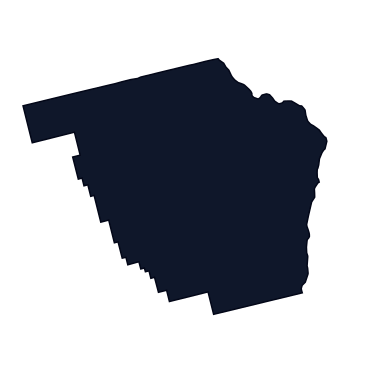 Wallowa, Oregon, United States of America (Mercator projection), rotated 346°
{"feature_id": "52423323B53292465895893", "entity_name": "Wallowa", "entity_type": "district", "adm_level": 2, "iso_a3": "USA", "parent_name": "United States of America", "parent_adm1": "Oregon", "projection": "mercator", "projection_center": [-116.925, 45.54], "detail": "fine", "context": "isolated", "style": "filled", "palette": "ink", "viewbox_px": 384, "rotation_deg": 346, "n_neighbors": 0, "source": "geoboundaries", "source_scale": "gbopen_adm2", "svg_char_len": 2108}
<svg xmlns="http://www.w3.org/2000/svg" viewBox="0 0 384 384"><g transform="rotate(346 192 192)"><path d="M274.6,316.5L274.5,313.8L274.6,312.4L274.8,311.8L276.3,309.2L280.1,306.9L284.5,300.0L284.8,299.4L285.0,298.8L285.8,293.8L285.8,291.5L288.6,283.0L288.8,281.9L288.6,279.2L288.6,278.6L289.7,273.2L291.1,269.2L292.0,266.7L292.8,265.7L294.0,264.9L295.0,263.8L295.2,263.4L295.6,261.5L295.7,260.0L295.6,257.5L295.2,253.1L295.4,251.2L299.2,243.3L304.3,233.3L305.7,230.6L309.8,226.7L310.7,222.7L311.5,218.5L312.8,216.9L313.8,216.0L316.1,213.9L316.5,213.6L317.8,213.2L317.8,210.5L317.1,208.5L317.1,208.2L318.1,203.4L319.0,200.4L319.9,199.3L321.5,196.4L323.7,190.6L327.7,185.2L330.0,183.1L331.4,182.4L331.6,182.1L335.1,175.4L335.1,171.9L334.8,171.3L333.9,170.6L333.3,169.4L332.5,167.7L331.5,165.4L330.5,162.7L329.2,161.1L325.9,157.2L323.7,155.2L322.9,154.1L321.5,151.4L321.3,150.0L321.0,145.1L321.5,139.9L321.2,139.0L319.4,135.3L318.9,134.9L318.1,134.7L317.0,134.2L313.6,130.8L310.6,127.9L308.3,127.2L303.2,126.1L302.5,126.5L301.8,127.1L300.5,127.5L298.0,127.5L296.9,126.9L294.2,123.8L292.9,120.3L290.9,116.6L290.8,116.4L288.8,115.2L288.2,114.9L287.5,114.8L283.5,114.9L282.7,115.4L281.9,116.2L280.8,117.0L279.9,117.4L279.1,117.7L278.4,117.6L274.8,115.2L273.7,113.4L273.6,113.0L273.6,112.1L273.9,111.1L273.8,110.0L273.4,108.5L272.5,106.8L272.2,106.2L268.8,101.0L267.9,100.1L265.8,98.6L263.3,97.0L260.7,93.8L260.2,92.9L258.9,90.3L258.3,88.4L257.2,82.7L255.1,79.0L253.9,74.7L250.4,70.7L249.6,69.0L244.9,68.7L236.4,68.5L224.0,68.6L220.5,68.4L193.5,68.2L193.1,68.2L192.7,68.2L169.9,68.1L166.8,68.7L159.8,68.1L150.5,68.1L143.9,68.3L143.0,68.3L142.9,68.3L138.3,68.2L119.7,68.0L98.0,67.8L48.9,67.5L48.9,105.6L49.8,105.6L92.4,105.5L92.4,129.2L84.7,129.2L84.8,152.0L88.7,151.9L88.7,159.9L92.7,159.8L92.7,171.7L96.2,171.6L96.2,199.2L104.4,199.1L104.4,222.5L108.2,222.5L108.3,239.3L112.1,239.4L112.1,247.1L123.6,246.8L123.7,254.3L127.4,254.3L127.5,258.1L131.2,258.1L131.2,265.8L135.0,265.7L135.2,281.2L143.6,281.2L143.6,292.8L183.4,292.8L183.4,315.9L274.6,316.5Z" fill="#0f172a" stroke="#020617" stroke-width="1.5"/></g></svg>